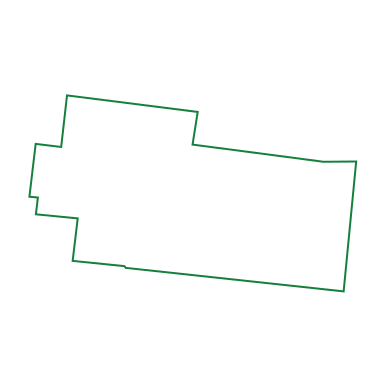 Bollinger, Missouri, United States of America, rotated 96°
{"feature_id": "52423323B38725107036826", "entity_name": "Bollinger", "entity_type": "district", "adm_level": 2, "iso_a3": "USA", "parent_name": "United States of America", "parent_adm1": "Missouri", "projection": "orthographic", "projection_center": [-90.042, 37.32], "detail": "fine", "context": "isolated", "style": "outline", "palette": "green", "viewbox_px": 384, "rotation_deg": 96, "n_neighbors": 0, "source": "geoboundaries", "source_scale": "gbopen_adm2", "svg_char_len": 354}
<svg xmlns="http://www.w3.org/2000/svg" viewBox="0 0 384 384"><g transform="rotate(96 192 192)"><path d="M111.8,194.7L109.0,326.4L160.9,326.8L160.5,352.5L213.7,353.2L213.6,344.7L230.5,344.9L230.2,302.9L273.0,303.5L272.8,251.5L274.4,250.0L275.0,30.8L144.5,31.9L148.2,64.4L144.8,196.4L111.8,194.7Z" fill="none" stroke="#15803d" stroke-width="2"/></g></svg>